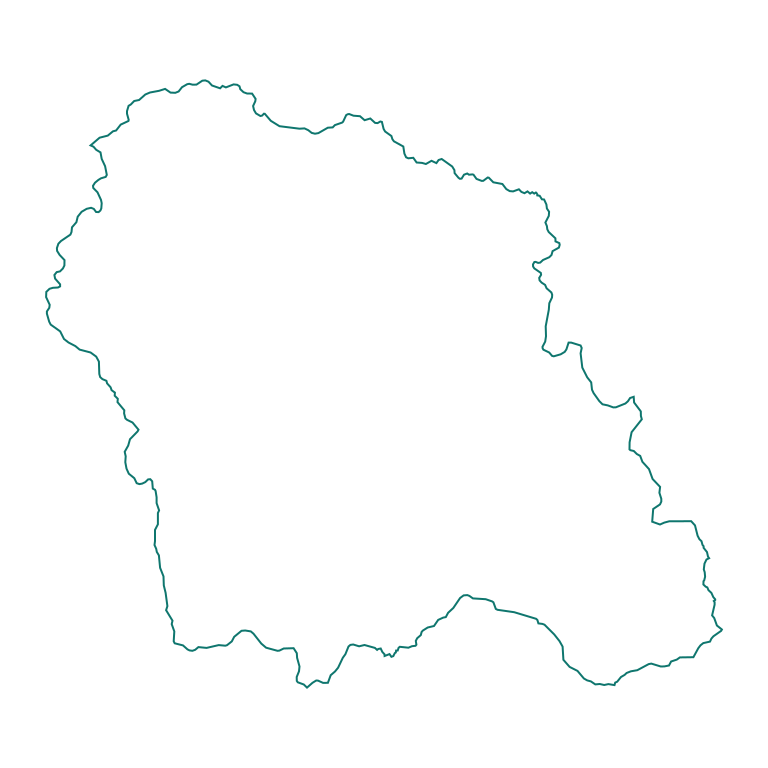 Phipun, Nakhon Si Thammarat, Thailand
{"feature_id": "78962969B61248323272668", "entity_name": "Phipun", "entity_type": "district", "adm_level": 2, "iso_a3": "THA", "parent_name": "Thailand", "parent_adm1": "Nakhon Si Thammarat", "projection": "albers", "projection_center": [99.622, 8.602], "detail": "fine", "context": "isolated", "style": "outline", "palette": "teal", "viewbox_px": 768, "rotation_deg": 0, "n_neighbors": 0, "source": "geoboundaries", "source_scale": "gbopen_adm2", "svg_char_len": 6045}
<svg xmlns="http://www.w3.org/2000/svg" viewBox="0 0 768 768"><path d="M90.6,145.4L93.5,146.7L96.2,149.8L100.5,152.4L101.7,158.9L105.1,166.2L106.8,174.9L105.7,176.9L101.0,178.3L98.4,179.9L95.0,182.7L93.0,185.8L93.3,188.0L97.5,192.3L101.0,199.9L101.7,203.2L101.3,208.4L100.4,210.5L98.6,212.1L96.1,212.0L93.8,208.9L91.1,207.8L86.7,208.8L81.6,211.8L77.7,216.7L76.4,222.2L72.0,227.3L71.5,232.0L70.4,234.6L61.0,241.0L58.4,243.7L56.9,248.1L57.1,250.9L59.6,254.9L64.5,260.1L64.4,265.5L62.9,268.5L60.0,271.4L56.7,272.1L54.4,275.0L55.1,278.6L60.1,284.3L60.1,286.4L58.0,287.5L52.9,287.8L49.5,288.8L46.3,291.9L46.1,297.1L49.7,304.8L49.3,307.8L46.9,311.4L46.9,313.7L49.2,321.7L50.7,324.6L60.2,331.4L64.0,339.0L68.5,342.5L75.4,346.1L79.6,349.6L90.6,352.5L96.2,356.6L98.9,361.6L99.3,374.0L100.2,377.1L102.4,379.1L106.4,380.8L107.1,383.4L110.6,387.3L111.6,390.2L114.9,392.6L114.7,395.7L117.8,398.8L117.5,402.1L124.3,410.3L124.1,413.4L125.4,418.4L127.0,419.8L132.5,422.5L138.5,429.7L137.6,431.4L130.0,439.2L128.2,445.6L124.7,451.8L125.7,456.3L125.3,462.2L126.5,468.6L128.8,473.7L134.3,478.2L136.7,483.2L139.4,484.1L142.2,483.6L145.3,482.1L148.1,479.4L150.3,479.2L152.2,481.3L152.8,488.6L155.0,489.8L155.6,491.0L156.6,497.3L156.6,503.1L159.1,510.4L157.9,513.0L157.9,524.3L155.0,529.9L155.0,541.1L154.5,545.0L156.2,548.8L156.8,551.9L158.9,555.4L160.1,567.8L163.5,576.4L163.8,585.4L165.6,592.8L167.4,606.1L166.1,610.2L172.5,620.7L171.7,624.1L174.3,631.4L173.7,641.3L174.7,643.3L183.0,645.4L187.5,649.4L189.5,650.4L192.4,650.8L195.2,649.8L198.4,647.1L206.6,647.9L218.7,645.1L225.3,645.7L227.0,645.2L231.8,641.4L234.2,636.8L241.5,630.8L245.2,630.5L250.8,631.4L253.5,633.7L261.3,643.6L266.1,647.7L277.5,650.8L279.4,650.6L283.7,648.5L293.6,648.2L296.8,653.2L297.1,657.8L299.5,666.5L299.0,671.3L296.7,677.0L296.8,680.9L297.8,682.3L303.8,684.5L307.0,687.6L312.5,682.8L316.2,680.5L318.0,680.6L323.1,682.9L327.9,682.8L330.7,675.2L335.0,671.5L338.1,667.7L342.8,657.8L345.4,654.2L348.5,646.5L350.4,644.9L353.2,644.5L359.1,646.3L364.5,645.0L374.9,647.9L377.1,649.9L378.2,649.0L380.7,648.5L382.3,651.9L384.5,654.3L384.6,656.0L389.5,654.1L391.4,656.8L393.3,656.1L394.8,653.1L395.8,652.5L396.1,650.5L397.7,650.5L398.6,647.8L399.8,646.8L408.4,647.7L412.0,646.2L415.5,645.8L416.4,644.7L415.8,640.9L417.2,638.2L420.8,635.1L421.6,632.0L422.8,630.6L427.7,627.5L434.0,626.0L438.2,619.9L443.2,617.6L445.8,617.1L448.1,612.8L453.3,608.0L460.1,598.0L463.6,595.4L467.3,595.1L469.4,595.9L472.9,598.4L485.7,599.2L492.1,601.4L493.4,602.3L495.8,608.9L497.5,609.8L514.2,612.2L536.1,618.8L537.4,620.0L538.4,623.4L542.4,623.9L544.5,624.7L554.2,634.4L559.5,641.1L562.6,646.6L563.4,659.8L569.6,666.9L577.5,670.9L583.9,678.5L587.2,680.4L590.9,681.4L595.3,684.4L599.8,684.0L604.2,685.0L608.4,684.1L614.5,685.1L615.2,682.6L617.2,681.7L621.0,677.0L624.6,674.9L626.6,673.0L630.9,671.3L637.3,670.2L648.7,664.1L651.3,663.6L660.8,666.5L664.4,666.4L669.0,665.5L671.1,661.5L676.8,659.6L679.9,657.4L693.4,657.2L698.3,648.2L700.5,645.3L703.3,643.1L710.0,641.6L711.4,638.6L713.4,636.3L721.2,630.8L721.9,629.5L716.9,625.5L714.2,618.0L712.1,615.4L714.6,604.7L714.6,602.2L713.8,601.0L715.2,600.0L715.2,599.3L713.3,597.1L711.4,592.9L708.5,590.2L707.3,587.4L705.7,586.7L703.4,584.5L703.5,581.2L704.2,580.4L705.1,576.7L704.7,572.2L703.8,569.4L704.5,563.6L706.5,559.5L709.1,558.2L708.0,556.6L707.0,552.1L703.6,547.8L703.6,546.2L702.5,544.9L701.5,541.2L699.4,539.2L697.6,535.7L695.0,525.4L691.2,521.2L669.2,521.3L664.3,522.6L660.0,524.5L652.2,521.7L653.2,509.0L660.0,504.4L661.3,501.6L661.3,498.8L659.4,492.8L660.1,486.9L652.6,479.0L649.0,469.1L642.4,461.8L640.2,455.9L636.8,454.0L633.8,451.0L630.4,450.2L629.5,449.4L629.6,442.3L631.6,432.2L641.8,419.3L640.9,415.9L640.8,411.4L634.1,402.5L633.7,396.8L630.1,398.0L627.9,401.3L625.4,403.5L615.9,407.3L613.3,407.4L607.8,405.4L602.5,404.3L599.3,401.1L593.6,393.1L592.0,389.7L591.2,382.4L587.2,377.3L582.3,367.6L580.6,353.3L581.7,348.0L580.6,345.5L571.2,342.6L568.6,342.6L566.4,349.4L564.7,351.9L560.7,354.3L553.8,356.3L552.1,355.9L549.2,352.5L543.4,349.7L542.6,348.2L542.5,346.8L545.2,341.6L546.0,336.2L545.7,326.3L548.8,309.8L549.3,303.2L552.0,297.5L552.2,294.8L551.4,292.5L546.6,288.3L545.1,284.9L541.6,282.6L539.6,280.4L539.2,277.9L541.1,274.8L540.8,272.9L534.3,268.4L533.1,266.5L533.0,264.4L534.4,262.0L535.7,261.9L538.1,262.9L540.2,262.6L543.0,260.0L549.3,257.2L551.5,255.0L552.6,251.1L558.9,247.6L559.7,244.8L559.3,243.1L555.5,241.4L555.4,238.3L548.7,232.0L547.3,229.3L546.9,226.1L545.4,222.5L548.8,215.9L549.1,211.8L546.9,208.5L546.4,204.5L544.1,199.5L541.9,199.3L539.7,195.8L537.3,195.4L537.4,194.5L536.3,192.7L535.9,192.5L534.2,193.6L532.2,192.2L530.1,193.6L527.5,191.4L524.5,193.2L521.4,191.9L518.9,189.3L513.1,191.4L509.7,191.1L506.3,189.1L502.4,184.0L493.3,182.3L488.8,177.7L487.7,177.5L483.3,180.8L481.7,180.9L476.5,178.9L473.5,174.7L472.4,174.4L469.0,174.7L467.2,173.5L464.0,174.7L461.6,178.6L459.9,178.8L458.5,177.8L454.6,173.1L454.4,170.1L452.2,166.5L441.7,159.0L438.6,160.0L436.4,163.1L431.5,160.8L425.9,164.0L422.0,162.9L416.6,162.5L413.3,157.8L408.3,158.3L406.1,157.3L404.4,153.6L403.3,146.5L393.9,141.3L392.4,139.2L391.4,136.0L385.1,131.5L383.6,128.9L381.9,121.9L380.3,121.5L377.6,123.1L375.1,122.9L370.3,118.5L364.6,120.2L360.0,116.2L353.5,115.7L349.1,114.0L347.6,114.3L346.2,115.1L343.1,121.7L342.1,122.6L334.9,125.1L332.7,127.4L327.8,127.7L318.4,133.1L315.0,133.7L311.7,132.9L308.3,130.2L304.5,128.4L299.5,128.7L279.5,126.2L270.8,120.8L264.8,113.8L263.9,113.7L262.1,115.6L260.4,116.0L256.0,113.4L254.0,110.0L253.1,106.0L255.3,101.2L255.6,98.9L252.1,93.6L247.0,93.5L243.5,92.2L240.3,89.2L239.5,86.3L237.2,84.8L233.6,84.4L225.9,87.4L222.5,85.9L220.1,88.3L212.0,85.5L208.5,81.7L205.3,80.4L202.3,80.7L196.5,84.6L192.7,84.7L189.2,83.8L187.2,84.2L182.0,87.2L178.6,91.5L175.3,92.8L170.5,92.6L165.1,88.9L159.1,90.8L150.0,92.5L145.3,94.5L139.1,100.0L134.2,101.0L130.8,104.5L128.6,105.8L127.0,111.1L127.0,113.7L128.7,119.9L128.4,121.0L120.7,124.6L116.1,130.5L113.0,131.3L107.8,135.6L99.6,137.7L90.6,145.4Z" fill="none" stroke="#0f766e" stroke-width="2"/></svg>